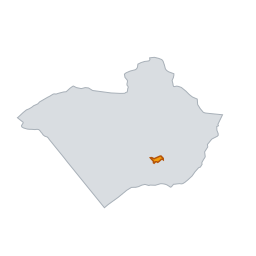 where Ngora sits in Uganda, rotated 51°
{"feature_id": "UGA-5590", "entity_name": "Ngora", "entity_type": "District", "adm_level": 1, "iso_a3": "UGA", "parent_name": "Uganda", "parent_adm1": "", "projection": "albers", "projection_center": [33.741, 1.488], "detail": "fine", "context": "in_parent", "style": "filled", "palette": "amber", "viewbox_px": 256, "rotation_deg": 51, "n_neighbors": 0, "source": "natural_earth", "source_scale": "10m", "svg_char_len": 2549}
<svg xmlns="http://www.w3.org/2000/svg" viewBox="0 0 256 256"><g transform="rotate(51 128 128)"><path d="M175.1,196.5L172.0,196.5L166.9,196.5L161.7,196.5L156.6,196.5L151.5,196.5L146.4,196.5L141.2,196.5L136.1,196.5L131.0,196.5L125.9,196.5L120.7,196.5L115.6,196.5L110.5,196.4L105.4,196.4L100.2,196.4L95.1,196.4L90.0,196.4L86.9,196.4L86.3,196.3L85.9,196.2L84.0,196.5L82.0,197.8L79.9,198.3L77.6,198.1L77.3,198.2L76.1,198.2L74.5,198.1L73.0,198.4L71.8,199.5L70.6,201.4L68.5,203.6L66.9,205.5L65.5,206.9L62.3,209.1L60.5,209.8L59.7,209.6L59.1,209.2L58.1,206.3L57.5,205.9L51.3,207.3L50.4,207.4L50.5,206.5L50.0,199.7L50.0,195.6L50.8,193.0L51.3,190.0L51.3,187.4L52.5,182.9L52.1,180.2L53.6,170.8L54.0,169.2L54.6,164.7L55.5,163.3L56.3,162.7L57.4,159.9L59.4,155.5L60.9,153.2L60.6,148.1L60.8,144.7L61.1,144.0L64.1,142.7L68.0,139.5L69.7,135.8L72.0,133.5L76.6,131.9L90.0,119.2L96.2,112.3L98.9,108.8L99.0,107.5L99.5,105.9L98.4,104.6L97.2,103.4L96.7,102.3L95.6,101.8L94.0,101.8L93.0,101.0L91.8,99.4L90.6,98.5L86.8,98.5L83.9,96.9L83.9,94.8L85.1,90.5L87.3,85.7L87.4,84.3L87.1,83.2L86.6,82.2L85.6,81.2L84.6,80.1L85.4,76.6L86.8,73.1L87.9,71.4L89.0,69.5L88.7,67.9L87.1,67.1L88.0,65.6L89.7,63.0L93.1,60.4L96.1,58.7L98.1,58.7L102.0,60.1L105.5,61.7L107.5,61.8L109.8,61.1L114.7,58.2L115.8,59.1L117.3,60.9L118.8,63.8L121.8,65.2L123.3,66.1L124.4,66.4L124.9,66.1L126.1,63.8L127.5,62.6L130.1,61.0L135.8,59.8L139.9,59.4L141.6,59.1L144.5,58.4L149.1,56.0L153.6,59.1L158.5,59.7L163.2,59.6L164.7,58.7L165.5,58.0L170.5,53.0L177.2,46.2L181.7,55.8L183.2,56.3L183.0,57.2L182.6,58.0L185.6,60.3L189.2,61.5L190.5,62.6L190.6,63.9L189.4,69.5L189.6,71.1L190.8,76.7L192.9,77.9L194.8,83.5L198.7,85.9L199.2,86.6L200.1,89.3L201.3,92.3L202.2,93.0L202.8,93.2L203.9,96.3L203.3,98.1L204.2,103.5L205.6,108.3L206.0,114.1L206.0,116.7L206.0,118.2L205.7,120.4L205.0,121.7L203.7,122.9L202.4,124.9L201.2,126.9L200.4,128.0L201.0,131.1L200.9,131.9L200.6,132.3L198.8,132.8L196.6,133.6L195.2,134.4L193.3,136.0L191.8,137.7L189.7,142.8L186.3,146.7L185.8,148.0L182.5,150.3L181.1,153.2L180.2,156.7L179.0,159.2L176.3,162.7L175.6,168.2L175.7,179.1L175.0,191.6L175.1,196.5Z" fill="#d9dde1" stroke="#a8b0b8" stroke-width="1"/><path d="M172.4,119.7L173.8,119.8L174.9,120.6L173.9,120.9L173.3,121.9L173.5,124.7L173.4,126.5L172.3,126.9L171.6,127.8L171.8,129.9L171.0,130.1L170.4,129.6L170.1,129.1L169.5,129.2L165.2,129.4L165.5,128.7L166.1,128.1L166.4,127.9L166.8,127.9L167.1,127.6L168.3,127.1L169.7,121.9L169.9,121.2L170.2,120.4L170.8,119.9L171.7,120.1L172.4,119.7Z" fill="#f59e0b" stroke="#b45309" stroke-width="1.5"/></g></svg>